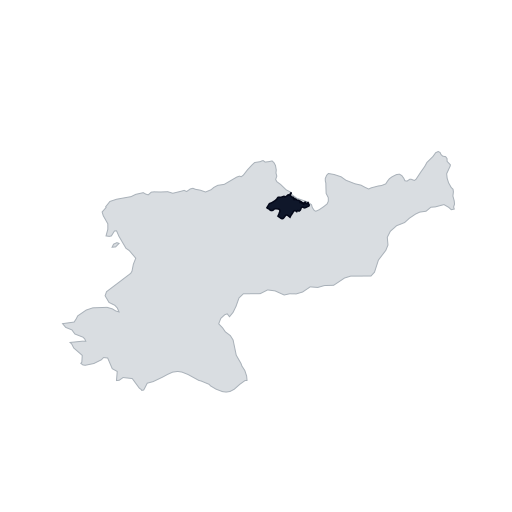 Kim Jong Suk, Ryanggang, North Korea (highlighted), rotated 26°
{"feature_id": "82179303B38572973441712", "entity_name": "Kim Jong Suk", "entity_type": "district", "adm_level": 2, "iso_a3": "PRK", "parent_name": "North Korea", "parent_adm1": "Ryanggang", "projection": "orthographic", "projection_center": [127.758, 41.268], "detail": "fine", "context": "in_parent", "style": "filled", "palette": "ink", "viewbox_px": 512, "rotation_deg": 26, "n_neighbors": 0, "source": "geoboundaries", "source_scale": "gbopen_adm2", "svg_char_len": 6602}
<svg xmlns="http://www.w3.org/2000/svg" viewBox="0 0 512 512"><g transform="rotate(26 256 256)"><path d="M302.5,371.8L300.7,372.8L297.7,378.4L294.8,385.4L292.0,389.2L288.8,391.4L285.3,392.6L278.4,393.2L272.2,392.7L270.1,391.9L261.5,392.4L259.1,392.9L246.8,392.3L240.3,392.8L236.2,394.1L232.0,396.9L228.4,401.2L225.2,405.7L218.6,414.0L214.0,418.0L213.9,423.9L213.8,425.7L212.2,426.9L211.6,426.4L209.0,425.9L198.5,420.4L189.8,423.5L187.5,427.7L185.2,429.1L181.9,420.6L176.2,420.3L167.4,412.7L163.5,414.1L162.5,417.1L157.4,423.7L150.4,429.1L148.2,429.8L145.6,429.3L146.0,427.8L143.4,421.5L132.6,418.6L128.8,415.8L126.8,415.2L137.6,408.5L140.4,407.3L138.4,405.6L136.1,404.8L127.4,405.5L122.9,403.1L116.3,403.6L111.8,401.6L121.5,395.1L122.0,391.1L122.0,388.0L127.1,379.0L132.1,374.1L144.7,367.4L150.2,366.5L154.1,366.9L157.4,366.3L154.1,363.5L150.8,362.2L144.3,362.2L137.8,357.9L137.3,353.6L151.0,326.5L151.2,324.0L149.4,317.2L148.9,310.7L139.8,306.7L135.8,306.1L124.2,298.4L119.6,294.5L117.8,295.6L117.2,301.4L115.5,302.7L112.4,303.7L111.1,296.9L108.7,292.0L101.1,286.8L98.4,283.9L100.0,278.1L99.3,277.6L100.8,271.0L105.8,266.1L117.7,257.4L120.9,253.3L126.9,248.5L129.6,248.7L132.3,248.3L133.2,246.2L133.9,244.5L136.3,243.0L142.0,240.4L148.5,236.9L153.7,236.1L160.1,230.8L162.7,228.5L165.3,228.5L166.0,227.4L167.5,224.6L169.6,222.8L172.4,222.6L176.9,221.3L182.6,220.6L186.6,216.1L188.0,212.9L190.6,209.3L196.1,205.5L199.9,199.8L204.1,193.5L206.1,191.5L208.0,191.2L209.2,188.8L210.6,182.1L212.6,175.6L213.8,172.6L218.5,169.3L219.8,167.7L220.8,167.1L223.0,167.6L226.0,165.7L228.8,163.5L231.3,164.3L233.8,166.1L236.5,169.8L237.6,172.7L239.7,175.1L240.1,178.6L242.2,180.1L246.7,180.9L254.1,183.3L258.9,183.4L261.6,185.2L267.3,186.2L278.7,184.8L283.4,185.6L285.4,187.8L288.3,189.5L290.1,189.6L292.6,186.6L295.3,181.8L297.1,178.0L297.0,175.1L295.4,171.9L291.6,169.0L289.2,164.5L286.8,159.8L285.4,158.2L284.3,156.0L284.1,152.5L284.9,150.1L290.5,148.5L297.7,147.5L303.6,148.5L313.3,147.7L319.3,146.3L323.8,146.5L327.9,146.4L329.6,144.3L335.3,139.4L338.0,137.6L341.0,134.3L341.4,130.9L342.0,128.1L343.6,125.1L346.5,121.3L349.0,119.6L351.8,119.8L354.8,121.4L356.8,123.1L358.9,122.5L360.6,119.6L361.8,119.0L365.2,118.7L366.2,116.9L367.3,108.4L368.4,101.6L368.6,97.0L371.4,89.1L372.2,84.4L374.0,82.2L376.1,82.3L377.8,83.7L380.0,84.4L382.9,83.6L385.0,84.7L386.3,87.2L390.7,88.8L391.1,90.0L391.3,98.5L393.7,102.3L397.0,105.8L401.5,108.9L403.8,109.6L405.3,111.8L406.7,115.8L410.0,119.6L411.7,122.4L412.1,125.3L413.6,126.9L411.2,128.8L407.9,127.8L402.4,127.4L395.6,133.3L391.8,135.5L389.2,141.2L383.9,144.8L381.0,148.4L377.3,154.8L374.9,160.8L369.1,167.1L365.9,174.9L365.8,181.6L369.8,188.3L370.2,194.0L367.8,206.0L369.6,218.6L368.1,223.6L349.9,232.6L345.2,237.0L338.6,248.3L330.4,252.6L325.3,257.2L318.2,260.0L313.7,267.9L308.8,272.4L302.8,275.2L298.4,278.7L288.4,279.0L281.3,281.4L276.3,288.0L261.2,295.5L259.1,301.2L260.1,310.0L260.1,316.7L258.8,322.2L255.5,320.6L253.7,322.4L251.7,327.5L252.2,333.3L257.4,335.2L261.7,337.6L267.8,338.8L272.2,341.5L281.7,353.8L289.5,359.1L291.6,361.1L296.1,363.8L300.2,368.0L302.5,371.8ZM125.8,309.4L122.8,311.2L122.8,307.8L125.1,305.0L127.4,304.7L125.8,309.4Z" fill="#d9dde1" stroke="#a8b0b8" stroke-width="1"/><path d="M244.6,207.8L244.8,207.9L245.1,208.1L246.2,208.1L246.8,208.1L247.2,208.1L247.9,208.3L248.2,208.5L249.3,208.6L250.2,208.3L250.9,207.8L251.4,207.1L251.5,206.9L251.6,206.5L251.7,206.2L251.8,205.8L252.1,205.5L252.4,205.2L253.4,204.7L254.4,204.3L255.4,204.0L256.1,203.9L256.4,204.0L257.0,204.2L257.4,204.5L257.6,204.8L257.8,205.1L258.0,205.8L258.0,206.8L258.2,207.8L258.2,209.1L258.3,209.5L258.3,210.2L258.2,210.5L258.9,210.7L260.3,210.9L262.0,211.2L262.7,211.2L263.4,210.9L263.7,210.7L263.9,210.4L264.2,209.7L264.8,206.8L264.9,206.5L265.1,206.1L265.4,205.9L265.7,205.7L266.1,205.6L267.1,205.7L268.4,206.0L269.6,206.3L269.6,204.0L269.8,203.4L269.9,202.5L269.9,202.0L270.1,201.1L270.1,200.0L270.5,198.6L271.1,198.1L272.3,198.1L273.2,198.3L273.2,197.5L273.6,196.8L275.0,196.8L275.3,196.3L275.7,195.4L275.7,194.5L275.5,193.4L275.7,192.5L276.2,191.5L276.8,191.6L278.1,191.6L278.5,191.5L279.4,190.7L279.8,190.2L280.3,189.5L280.9,188.8L281.6,187.9L281.5,187.7L281.5,187.3L281.6,187.0L281.6,186.9L281.4,186.7L281.2,186.6L280.9,186.5L280.7,186.5L280.4,186.6L280.1,186.5L279.9,186.4L279.8,186.2L280.0,185.9L280.0,185.7L279.9,185.6L279.7,185.8L279.5,185.7L279.5,185.4L279.5,185.2L279.4,185.1L279.2,185.3L279.1,185.5L279.2,185.9L279.2,186.0L278.9,186.2L278.7,186.4L278.5,186.5L278.4,186.6L278.3,186.8L278.2,186.9L278.2,187.0L277.9,187.0L277.9,186.9L277.8,186.7L277.7,186.7L277.4,186.8L277.2,186.8L277.0,186.7L276.9,186.6L276.8,186.4L277.0,186.2L277.0,185.9L276.9,185.9L276.6,185.9L276.5,186.0L276.4,186.1L276.2,186.3L276.2,186.5L276.3,186.7L276.3,186.8L276.3,187.0L276.3,187.3L276.3,187.5L276.2,187.7L276.2,187.9L276.2,188.0L276.3,188.1L276.4,188.3L276.4,188.6L276.1,188.8L275.9,188.8L275.8,188.7L275.7,188.6L275.5,188.4L275.4,188.2L275.3,187.9L275.3,187.7L275.2,187.6L274.9,187.5L274.7,187.6L274.4,187.7L274.3,187.8L274.2,187.9L274.3,188.1L274.3,188.3L274.3,188.5L274.2,188.6L273.9,188.5L273.8,188.4L273.7,188.1L273.7,187.9L273.5,187.6L273.4,187.5L273.1,187.4L272.8,187.4L272.6,187.5L272.4,187.7L272.4,187.8L272.4,188.3L272.4,188.5L272.2,188.6L272.0,188.2L272.0,187.7L271.9,187.6L271.8,187.4L271.7,187.3L271.4,187.4L271.4,187.5L271.2,187.6L270.9,187.5L270.8,187.4L270.7,187.4L270.4,187.2L269.8,187.3L269.7,187.3L269.4,187.4L269.1,187.5L268.9,187.7L268.8,187.8L268.7,187.8L268.3,187.8L268.1,187.8L267.9,187.7L267.7,187.6L267.4,187.5L267.2,187.4L267.1,187.5L266.9,187.5L266.7,187.7L266.7,187.8L266.6,188.0L266.4,188.0L266.2,187.9L266.1,187.6L265.9,187.4L265.7,187.2L265.4,187.2L265.3,187.3L265.3,187.5L265.6,187.9L265.8,188.1L265.9,188.3L265.8,188.5L265.7,188.6L265.4,188.7L265.1,188.5L264.7,188.3L264.5,188.2L264.4,188.1L264.2,187.9L264.0,187.6L263.9,187.3L263.9,187.2L263.7,186.9L263.4,186.9L263.3,187.0L263.1,187.0L262.9,187.1L262.6,187.2L262.5,187.3L262.4,187.3L262.1,187.2L261.9,187.2L261.7,187.1L261.2,187.0L261.1,186.9L260.8,186.8L260.7,186.8L260.6,186.6L260.5,186.3L260.4,186.2L260.2,185.9L260.1,185.7L259.9,185.4L259.9,185.2L259.9,184.8L260.0,184.6L260.0,184.4L260.1,184.2L260.0,183.9L259.9,183.9L259.7,184.0L259.5,184.5L259.5,184.9L259.6,185.4L259.5,186.1L259.0,186.8L258.2,186.8L257.8,187.4L257.5,188.3L256.7,189.7L255.8,190.4L255.0,190.0L253.7,191.3L252.8,192.2L251.8,192.7L250.8,193.1L250.1,193.6L249.8,194.7L249.8,195.4L249.4,196.6L248.8,198.0L246.8,201.2L245.1,203.0L245.0,203.9L244.9,205.0L244.6,207.8Z" fill="#0f172a" stroke="#020617" stroke-width="1.5"/></g></svg>